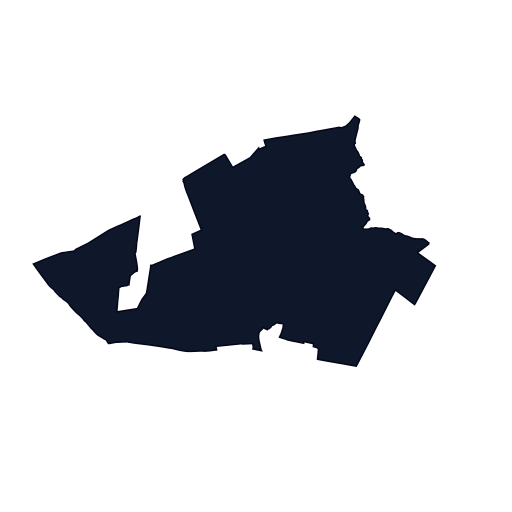 outline of Campineanca, Vrancea, Romania, rotated 226°
{"feature_id": "2599482B2575686950716", "entity_name": "Campineanca", "entity_type": "district", "adm_level": 2, "iso_a3": "ROU", "parent_name": "Romania", "parent_adm1": "Vrancea", "projection": "robinson", "projection_center": [27.139, 45.713], "detail": "fine", "context": "isolated", "style": "filled", "palette": "ink", "viewbox_px": 512, "rotation_deg": 226, "n_neighbors": 0, "source": "geoboundaries", "source_scale": "gbopen_adm2", "svg_char_len": 6128}
<svg xmlns="http://www.w3.org/2000/svg" viewBox="0 0 512 512"><g transform="rotate(226 256 256)"><path d="M290.8,405.2L302.6,387.6L303.2,386.8L307.8,379.5L316.5,367.3L320.0,362.2L324.2,356.3L327.1,352.3L333.7,342.3L331.5,341.1L330.3,340.5L327.8,339.6L328.9,337.0L329.5,335.5L329.8,334.6L330.0,334.0L330.1,333.5L330.6,332.4L331.8,333.0L331.4,327.9L331.2,325.2L330.7,320.2L332.3,314.1L335.9,300.7L336.3,300.8L349.8,304.0L350.6,304.0L351.2,303.6L355.1,287.2L358.2,274.2L360.2,265.5L361.0,262.0L361.8,259.1L361.8,257.3L361.7,256.8L361.1,256.3L360.4,255.9L360.3,255.5L359.6,255.4L358.6,255.0L357.4,254.3L354.5,252.6L352.4,251.6L349.7,250.4L346.2,249.0L337.5,245.3L330.7,242.4L320.4,238.1L312.5,234.8L316.0,225.0L314.1,223.8L303.5,216.9L311.0,200.1L312.5,196.9L313.6,194.0L315.4,190.4L318.9,181.2L321.4,174.9L322.4,173.8L321.9,173.2L321.3,172.6L320.2,171.2L314.8,164.0L312.1,160.5L306.9,153.6L305.6,151.7L305.1,150.7L304.9,149.6L304.4,146.4L304.1,144.5L304.0,144.1L303.7,143.2L302.7,140.1L301.6,137.2L300.5,134.1L301.9,132.2L311.5,118.5L312.4,117.2L313.9,118.6L316.0,121.1L319.5,125.0L323.7,130.0L325.6,132.0L327.0,133.7L328.0,134.7L328.5,135.3L328.0,136.6L327.9,137.6L326.7,139.3L325.2,141.6L324.4,142.5L324.3,142.8L324.6,143.3L324.6,143.5L323.5,144.4L329.4,152.1L329.0,153.6L329.0,154.2L328.9,156.8L328.7,157.8L328.3,158.8L327.7,160.2L329.1,161.6L329.2,161.9L333.8,165.3L336.6,167.2L339.2,168.9L342.2,170.9L342.2,172.0L343.1,173.2L343.8,174.1L346.6,177.4L347.9,178.7L349.1,180.3L355.5,188.4L360.4,194.5L363.0,197.6L364.6,199.6L365.1,200.3L365.4,199.9L366.0,197.5L366.5,196.1L366.7,195.3L367.5,193.8L368.2,191.9L369.4,188.3L371.6,182.1L372.1,180.5L373.2,177.9L373.8,176.3L376.6,168.4L376.9,167.3L381.7,144.4L382.1,143.1L385.9,131.2L385.9,128.6L393.5,118.0L400.1,102.6L404.9,90.3L397.0,89.1L388.1,87.9L379.0,86.7L376.4,86.7L374.6,86.9L373.3,87.1L371.5,87.1L370.0,86.8L367.0,86.8L363.1,86.8L361.3,87.3L358.7,87.3L356.8,87.7L355.9,88.0L352.7,88.3L351.5,88.2L350.1,87.8L347.1,87.6L343.4,87.5L340.3,87.5L337.8,87.7L335.0,88.0L331.2,88.0L328.4,87.6L326.7,87.9L318.3,87.3L316.2,87.4L313.6,87.2L310.7,87.2L308.7,87.4L305.3,88.3L304.3,88.6L302.6,89.0L299.9,89.9L299.0,89.9L297.3,89.4L296.1,89.2L295.5,89.2L295.1,89.5L291.0,95.7L289.1,97.7L287.8,99.2L286.1,101.2L285.1,102.1L283.7,103.9L282.6,104.4L282.3,104.8L279.5,106.8L276.9,108.8L273.7,111.4L267.1,116.8L261.4,121.2L255.4,125.8L249.6,130.0L248.4,131.1L241.0,135.8L237.6,138.3L234.8,140.6L233.1,142.4L231.0,144.7L225.8,150.6L223.2,153.0L220.1,156.7L216.7,161.3L215.8,162.4L218.8,164.4L218.2,165.3L202.5,185.3L202.2,185.1L201.5,185.8L195.4,192.7L194.7,192.4L191.7,190.2L191.3,189.2L184.0,194.2L185.4,194.7L187.5,196.0L189.5,197.2L193.5,199.6L196.3,201.9L197.3,203.0L198.8,205.0L199.1,206.6L199.1,209.5L199.7,211.1L195.1,213.0L195.2,213.5L194.8,214.8L194.6,215.7L194.5,217.1L194.9,218.4L194.9,219.4L194.2,220.7L193.7,224.3L193.1,225.0L191.7,225.7L189.6,227.5L188.2,228.8L186.9,227.1L185.5,225.5L182.6,220.0L181.3,216.5L178.6,217.9L176.0,219.4L174.7,220.0L174.0,220.2L168.3,224.0L167.4,224.7L160.1,229.7L161.2,230.9L161.1,231.1L158.9,232.5L152.9,236.5L151.0,234.3L149.8,235.1L149.1,235.4L147.5,236.3L146.7,236.5L145.8,236.4L144.8,235.3L142.7,232.9L139.0,228.5L133.5,232.4L129.1,235.6L126.8,237.3L122.4,240.5L107.1,251.6L110.7,262.4L115.4,276.4L121.5,293.7L123.1,298.6L124.7,303.3L126.5,308.4L131.1,321.6L132.5,325.6L134.8,332.7L127.5,333.8L124.5,334.3L110.9,336.3L111.4,338.2L124.4,378.2L146.3,374.3L144.6,388.5L145.5,389.5L146.6,389.1L147.7,389.1L150.7,388.7L151.8,388.1L152.7,387.7L153.5,386.7L155.8,384.4L157.0,383.1L158.6,382.0L160.0,380.9L160.8,380.5L161.6,380.2L163.3,379.5L164.9,378.7L165.7,378.2L167.1,377.2L168.1,376.8L169.6,376.4L170.8,376.1L172.0,375.7L173.1,375.2L173.9,374.6L174.3,374.0L174.5,373.3L174.5,372.3L174.8,371.9L175.4,371.7L176.8,371.5L177.7,371.2L178.6,371.2L179.7,371.1L180.9,371.0L181.6,370.7L181.9,370.5L182.6,370.4L183.6,370.1L184.3,369.6L184.8,368.7L185.5,367.8L187.0,366.9L188.7,365.6L190.9,363.4L192.3,362.4L193.1,361.8L193.7,361.0L194.3,360.0L195.3,358.9L195.9,358.5L196.2,358.3L196.4,357.5L196.9,356.1L197.5,355.3L198.2,354.5L199.5,353.0L200.4,352.2L203.0,352.4L202.6,353.2L202.8,355.3L202.9,357.5L203.4,359.0L203.7,359.9L203.6,361.1L203.2,362.8L203.3,363.0L203.6,363.3L203.9,363.6L204.5,363.8L205.1,363.9L206.2,363.9L207.0,364.0L207.6,364.5L207.8,364.9L208.2,365.9L208.5,366.1L209.3,366.5L209.9,366.6L210.3,366.8L210.6,367.0L210.9,367.3L211.1,367.5L211.4,367.5L212.0,367.4L212.5,367.3L213.2,367.2L214.0,367.7L214.8,368.6L215.5,369.0L216.1,369.5L217.4,369.9L218.9,370.4L219.2,370.6L219.8,371.1L220.3,371.5L220.8,371.8L221.2,372.2L221.5,372.6L221.9,372.7L222.4,372.9L223.1,373.7L223.5,374.1L223.8,374.5L224.1,374.7L224.7,374.7L225.1,374.8L225.7,375.0L226.0,375.0L227.1,374.4L227.8,374.1L228.4,374.0L228.9,374.0L229.3,374.2L229.9,374.5L230.5,374.7L232.1,375.4L232.7,375.4L233.4,375.3L234.4,375.0L235.0,374.9L235.6,374.9L236.3,375.1L236.9,375.3L237.7,375.5L239.5,375.7L240.3,376.0L242.1,376.6L245.0,377.4L245.6,377.5L246.5,377.5L247.0,377.5L247.7,378.0L248.3,379.1L248.9,380.0L249.1,380.4L249.4,381.2L249.3,382.1L248.7,383.3L248.3,384.1L247.9,385.1L247.7,385.8L247.7,386.5L247.8,387.3L248.2,387.9L248.5,388.5L248.7,389.2L248.6,390.1L248.4,390.8L248.3,392.3L248.4,393.0L248.1,394.1L247.5,395.0L247.0,395.7L246.5,396.3L246.4,396.8L246.6,397.2L247.2,397.4L248.0,397.4L248.7,397.5L249.8,397.9L250.4,398.4L250.8,398.8L251.1,399.1L251.7,399.1L252.5,399.2L252.9,399.4L253.2,399.7L253.4,399.9L253.6,400.1L253.9,400.1L254.4,399.9L255.1,399.9L255.5,399.8L256.4,399.9L256.8,400.1L257.3,400.5L257.9,400.8L258.9,401.0L259.5,401.3L259.9,401.5L260.4,401.5L261.0,401.5L261.9,401.7L262.3,401.8L262.8,401.8L264.2,402.4L265.8,402.9L266.6,403.2L267.3,403.5L268.0,404.0L268.2,404.3L268.2,404.6L268.1,405.5L268.2,405.9L268.4,406.0L268.8,406.2L269.5,406.6L269.9,406.9L270.3,407.4L270.7,408.0L271.6,409.2L272.0,410.0L273.3,412.0L277.1,418.2L279.0,420.1L280.9,423.6L282.0,425.2L283.0,425.3L284.7,425.0L286.0,424.6L287.9,424.2L286.8,416.1L286.9,413.7L286.9,411.5L287.3,410.1L288.0,408.4L288.7,406.8L289.5,406.0L290.8,405.2Z" fill="#0f172a" stroke="#020617" stroke-width="1.5"/></g></svg>